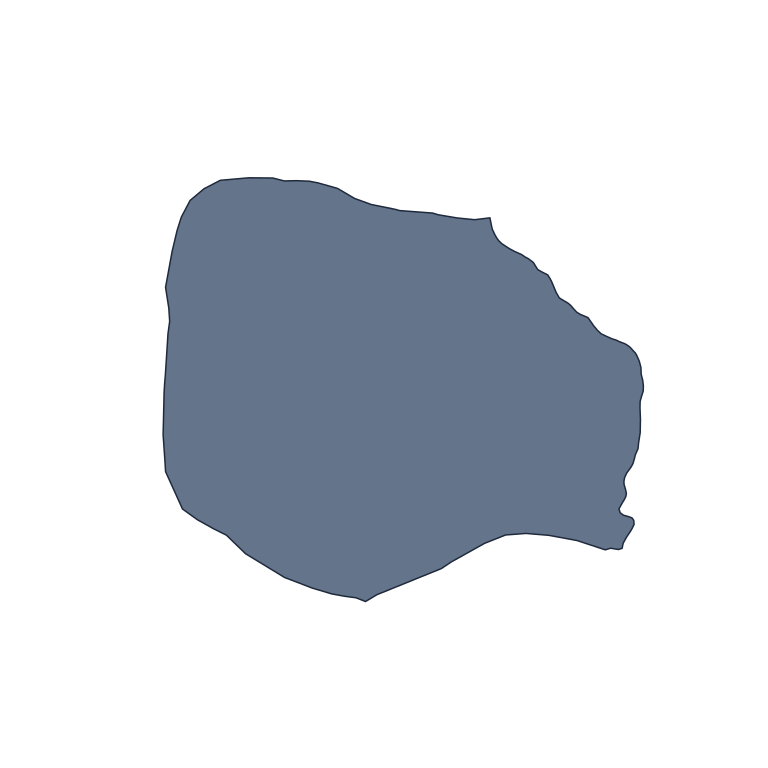 outline of Esquipulas Palo Gordo, San Marcos, Guatemala, rotated 242°
{"feature_id": "79465075B77634541568433", "entity_name": "Esquipulas Palo Gordo", "entity_type": "district", "adm_level": 2, "iso_a3": "GTM", "parent_name": "Guatemala", "parent_adm1": "San Marcos", "projection": "mercator", "projection_center": [-91.852, 14.925], "detail": "fine", "context": "isolated", "style": "filled", "palette": "slate", "viewbox_px": 768, "rotation_deg": 242, "n_neighbors": 0, "source": "geoboundaries", "source_scale": "gbopen_adm2", "svg_char_len": 1875}
<svg xmlns="http://www.w3.org/2000/svg" viewBox="0 0 768 768"><g transform="rotate(242 384 384)"><path d="M481.0,555.5L486.5,541.2L496.3,526.5L508.0,511.3L512.1,507.2L529.8,479.2L532.7,476.2L548.6,456.9L561.7,445.1L578.5,434.8L592.5,420.2L598.1,413.3L604.6,402.2L610.1,391.3L618.1,382.5L629.6,361.3L640.7,335.1L640.9,316.8L637.1,299.0L626.5,283.4L616.7,273.4L600.7,259.3L571.9,236.5L552.0,229.6L540.0,224.2L529.7,216.8L506.3,202.4L494.5,195.1L488.0,190.9L479.5,185.7L470.7,180.8L443.0,165.2L419.5,154.7L409.2,150.0L368.2,147.4L351.8,155.5L336.4,165.4L324.5,173.9L299.1,182.1L259.8,205.4L237.2,225.1L223.2,239.3L214.9,249.8L208.4,258.9L200.6,265.6L201.3,278.8L194.1,348.1L195.3,359.7L196.1,397.8L193.6,420.5L185.4,439.2L173.0,458.5L155.2,480.9L133.7,501.5L132.6,507.0L127.8,513.3L127.1,517.1L131.1,520.4L135.0,526.4L137.6,531.3L139.3,534.3L142.6,538.9L146.4,540.5L149.4,540.1L152.5,537.3L155.7,533.9L159.4,532.1L163.4,532.8L165.5,536.0L167.3,538.8L168.9,541.6L171.3,544.9L173.8,546.7L177.2,547.7L182.5,548.8L185.2,550.0L188.5,552.6L191.4,556.5L192.8,559.3L194.7,563.2L196.8,566.4L200.2,569.8L203.4,572.6L207.6,577.9L212.7,581.3L220.8,587.4L232.3,593.8L242.7,598.8L248.4,602.0L252.6,606.0L256.1,609.6L260.7,612.2L265.9,614.2L272.0,615.7L277.9,618.6L284.2,620.1L290.2,620.6L293.3,620.5L296.5,619.6L300.7,618.6L303.6,617.3L306.3,615.7L310.8,611.8L313.9,609.5L317.0,606.4L321.8,602.7L326.4,599.3L331.1,597.7L337.3,596.4L346.8,595.3L349.7,593.0L353.2,590.1L356.9,587.9L361.1,586.8L365.5,585.8L368.9,584.5L374.0,581.4L377.7,579.2L384.1,579.0L388.1,579.4L396.0,580.1L399.0,580.1L403.4,579.8L409.3,575.7L412.8,573.5L416.8,573.2L421.2,572.9L426.9,570.3L429.6,568.4L433.8,566.2L437.0,563.7L440.1,561.3L443.7,558.9L446.3,557.3L452.6,553.9L456.6,552.6L459.6,552.1L464.1,552.0L469.9,552.3L472.8,553.1L476.5,554.2L481.0,555.5Z" fill="#64748b" stroke="#1e293b" stroke-width="1.5"/></g></svg>